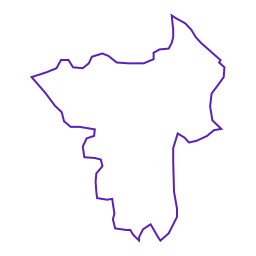 outline of Hampyeong-gun, South Jeolla, South Korea
{"feature_id": "91817680B7912985797785", "entity_name": "Hampyeong-gun", "entity_type": "district", "adm_level": 2, "iso_a3": "KOR", "parent_name": "South Korea", "parent_adm1": "South Jeolla", "projection": "equal_earth", "projection_center": [126.541, 35.102], "detail": "fine", "context": "isolated", "style": "outline", "palette": "violet", "viewbox_px": 256, "rotation_deg": 0, "n_neighbors": 0, "source": "geoboundaries", "source_scale": "gbopen_adm2", "svg_char_len": 1040}
<svg xmlns="http://www.w3.org/2000/svg" viewBox="0 0 256 256"><path d="M221.3,128.9L212.4,120.4L210.1,106.5L211.6,93.5L218.4,84.5L223.7,77.1L224.4,67.3L219.1,62.5L220.5,60.1L201.0,42.9L195.8,37.2L191.3,29.8L185.2,23.3L176.2,18.4L171.7,15.4L173.2,29.8L173.2,37.2L171.7,42.9L168.7,48.6L159.6,49.4L153.6,52.7L153.6,59.2L143.8,63.3L128.0,63.3L116.7,62.5L108.4,55.9L102.4,53.5L91.9,56.7L88.8,63.3L82.8,68.2L73.0,67.3L68.5,60.0L61.0,60.0L56.5,68.2L46.7,72.2L31.6,77.1L45.1,92.6L54.9,105.7L61.7,112.2L64.0,121.2L70.7,126.9L79.8,126.9L94.8,129.4L94.1,135.9L86.6,138.4L82.8,146.6L84.3,157.2L94.8,158.0L100.9,159.6L102.4,166.2L96.3,173.5L95.6,181.7L96.3,191.5L97.1,198.1L106.9,199.7L112.2,198.9L114.4,213.6L112.9,219.4L115.2,228.4L126.5,230.0L130.3,230.0L133.3,234.9L139.0,240.5L139.3,236.5L143.1,229.2L150.6,224.3L158.2,237.4L160.4,240.6L168.7,233.3L177.0,216.9L177.0,208.7L174.0,191.5L173.2,161.3L173.2,148.2L177.7,133.5L184.5,137.6L189.0,142.5L196.6,140.8L207.1,135.9L213.9,130.2L221.3,128.9Z" fill="none" stroke="#5b21b6" stroke-width="2"/></svg>